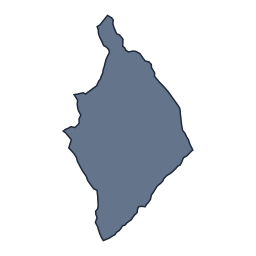 the district of Pérola, Paraná, Brazil
{"feature_id": "56859067B95323447505184", "entity_name": "Pérola", "entity_type": "district", "adm_level": 2, "iso_a3": "BRA", "parent_name": "Brazil", "parent_adm1": "Paraná", "projection": "robinson", "projection_center": [-53.712, -23.823], "detail": "fine", "context": "isolated", "style": "filled", "palette": "slate", "viewbox_px": 256, "rotation_deg": 0, "n_neighbors": 0, "source": "geoboundaries", "source_scale": "gbopen_adm2", "svg_char_len": 1772}
<svg xmlns="http://www.w3.org/2000/svg" viewBox="0 0 256 256"><path d="M103.3,240.6L106.9,239.1L109.4,238.0L112.2,236.1L114.9,234.7L116.5,232.3L119.0,230.7L120.9,228.6L122.4,225.8L125.0,225.1L126.9,222.9L128.9,221.4L131.3,219.7L132.9,217.1L134.6,215.0L137.1,212.6L137.5,209.7L138.4,206.8L142.1,206.3L145.0,206.8L146.6,204.3L148.5,202.2L150.5,199.3L151.3,195.2L153.2,192.5L155.1,189.4L157.1,186.2L160.6,183.3L162.8,181.0L163.9,178.5L167.0,175.4L169.5,174.0L171.6,172.5L173.8,170.5L175.8,168.5L177.7,166.2L180.2,164.9L181.6,162.3L183.4,157.8L186.9,155.8L189.9,152.6L192.8,150.0L189.9,144.2L188.3,139.5L186.5,136.7L184.8,133.0L182.6,130.4L182.1,127.8L181.5,124.1L180.4,114.3L180.2,110.9L179.6,108.1L177.7,105.0L174.5,100.6L168.0,91.5L163.7,86.6L158.9,81.6L154.5,76.2L154.6,72.9L151.5,67.6L151.3,64.4L149.0,61.9L145.2,61.0L142.8,57.9L139.9,53.6L135.7,51.3L132.4,51.1L128.6,52.0L125.9,50.4L124.7,47.9L122.7,46.2L123.0,39.2L121.4,37.2L119.6,35.1L116.5,33.6L113.7,26.8L112.8,23.5L113.3,20.2L111.6,17.8L107.5,15.4L100.0,24.9L97.1,26.6L98.3,30.2L98.4,33.1L99.2,35.8L100.4,38.6L101.9,41.5L103.6,45.5L106.6,47.2L108.8,49.8L109.4,52.6L107.5,56.2L105.9,59.9L104.9,63.8L104.3,66.4L103.2,69.8L102.7,73.1L101.1,76.6L100.4,79.1L98.9,80.8L96.5,86.0L92.8,88.6L85.5,94.0L83.0,92.8L77.7,94.1L74.1,94.6L77.6,100.1L77.2,104.4L77.7,107.9L78.6,111.0L80.8,115.1L79.0,119.0L79.3,122.7L78.0,124.7L75.0,127.5L70.8,126.7L68.3,128.2L65.4,129.4L63.2,131.1L65.6,132.8L71.3,139.7L68.8,148.0L73.8,153.3L76.4,157.5L77.4,161.2L80.2,166.7L82.5,170.9L86.3,176.4L87.7,180.5L90.7,184.8L93.7,188.8L97.0,190.4L97.7,196.3L97.9,200.6L98.2,205.4L97.7,208.7L95.7,211.2L95.7,213.8L97.0,217.6L95.4,222.5L97.5,226.4L98.6,230.1L99.9,233.9L101.5,237.6L103.3,240.6Z" fill="#64748b" stroke="#1e293b" stroke-width="1.5"/></svg>